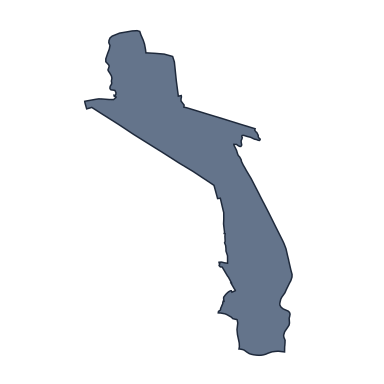 Quan 8, Hồ Chí Minh city, Vietnam, rotated 102°
{"feature_id": "81297802B52284124086366", "entity_name": "Quan 8", "entity_type": "district", "adm_level": 2, "iso_a3": "VNM", "parent_name": "Vietnam", "parent_adm1": "Hồ Chí Minh city", "projection": "equal_earth", "projection_center": [106.647, 10.722], "detail": "fine", "context": "isolated", "style": "filled", "palette": "slate", "viewbox_px": 384, "rotation_deg": 102, "n_neighbors": 0, "source": "geoboundaries", "source_scale": "gbopen_adm2", "svg_char_len": 3568}
<svg xmlns="http://www.w3.org/2000/svg" viewBox="0 0 384 384"><g transform="rotate(102 192 192)"><path d="M335.8,113.4L335.7,112.9L335.6,111.2L335.6,109.5L335.8,108.2L336.3,107.0L337.1,105.3L338.2,102.3L338.4,100.1L338.4,97.9L338.2,95.3L337.8,92.5L337.2,90.2L336.4,88.2L335.3,86.1L334.0,84.3L331.7,80.5L330.7,77.6L329.8,74.6L329.7,73.4L329.2,68.2L324.1,69.2L322.8,69.3L320.7,69.6L320.0,69.7L317.9,70.1L317.7,70.1L314.9,72.0L313.0,72.6L309.4,72.3L308.7,72.0L304.0,70.1L302.1,69.4L299.9,69.4L295.3,70.7L293.5,70.6L291.1,70.7L290.3,71.1L289.5,71.6L288.5,73.1L287.4,78.5L286.1,81.0L284.3,82.6L282.6,83.0L278.3,82.9L275.9,82.2L271.4,80.2L269.1,79.7L268.0,79.5L260.5,77.6L258.2,76.9L254.4,76.5L251.8,77.0L247.7,79.1L239.1,83.1L238.3,83.4L234.6,85.2L228.1,88.2L227.3,88.7L223.3,91.3L220.9,93.1L208.9,102.7L204.1,106.5L196.3,112.7L187.7,119.7L187.4,120.0L181.4,124.9L180.7,125.4L166.5,137.0L162.0,141.2L159.4,143.6L158.2,144.6L157.4,145.3L155.0,147.5L151.9,149.9L150.1,150.7L147.9,152.6L146.7,154.3L145.3,155.3L142.0,157.1L140.2,158.5L137.8,160.5L136.7,161.0L136.2,158.3L137.2,156.2L137.5,154.7L137.3,153.7L136.2,153.2L135.5,153.2L132.9,154.3L131.4,154.6L129.8,154.2L128.4,154.1L127.6,154.8L126.4,154.8L125.9,153.8L125.9,152.5L126.2,149.6L126.3,146.1L127.3,142.0L127.3,139.8L127.6,138.3L127.6,136.8L126.7,136.2L126.0,136.4L125.1,138.0L124.2,138.7L122.8,139.0L121.1,140.4L120.3,141.0L119.9,142.0L118.5,143.5L117.0,143.4L115.6,159.5L114.4,172.3L114.1,175.3L112.7,191.8L111.8,201.8L110.7,214.7L110.7,217.6L108.6,217.8L106.9,219.8L105.3,221.6L103.3,222.1L101.2,222.1L99.9,222.6L100.0,222.8L101.1,225.3L86.4,230.5L68.4,236.3L63.5,239.1L63.4,239.8L63.3,241.2L62.9,247.9L64.0,256.6L65.3,265.0L65.5,266.0L62.3,267.1L57.2,269.2L53.6,271.3L49.0,274.6L45.8,276.5L45.6,279.2L46.9,284.0L49.0,289.2L51.6,295.8L56.1,302.5L58.3,304.2L61.1,304.7L63.3,304.4L65.7,302.7L69.4,302.6L73.8,303.3L79.7,304.0L82.5,303.4L83.8,301.6L85.2,299.7L86.2,299.2L87.8,299.3L90.1,299.6L90.6,299.2L91.2,298.8L91.7,298.3L92.3,297.6L92.9,297.0L93.6,296.4L94.3,295.8L95.0,295.1L95.8,294.7L97.4,294.0L100.3,293.9L101.7,293.3L103.1,293.1L105.6,294.0L107.5,293.9L108.4,293.3L108.9,292.5L108.7,289.6L108.7,288.5L110.7,287.0L112.3,286.8L113.4,287.1L113.5,288.4L114.4,288.1L114.9,286.0L115.3,286.0L117.9,287.9L118.8,292.4L119.1,294.7L119.7,299.2L120.3,302.6L121.4,305.6L125.0,314.4L125.6,315.8L126.9,315.3L128.1,314.7L132.6,312.3L131.5,310.2L130.1,307.6L134.1,297.0L140.9,278.6L143.2,272.7L145.3,267.4L147.8,261.1L160.2,227.0L166.3,210.8L171.6,195.4L180.9,171.9L182.6,171.0L193.1,165.6L192.2,163.0L203.7,157.6L205.5,156.7L211.8,155.3L216.7,154.5L224.6,151.8L225.9,151.9L225.9,150.9L228.5,150.6L233.4,149.3L234.9,149.6L235.6,149.1L237.3,148.0L240.4,147.0L242.7,146.5L247.0,144.0L250.1,143.3L254.3,142.4L254.5,145.4L254.4,148.6L255.0,150.7L255.6,150.2L255.8,150.7L256.6,150.1L257.0,150.0L257.7,150.0L258.0,150.3L258.5,150.0L259.0,149.3L259.4,148.7L259.2,147.9L259.2,146.8L260.2,145.9L266.8,139.8L267.8,138.6L272.7,134.5L272.9,135.0L277.9,130.5L278.6,129.7L279.5,129.1L281.7,132.1L280.4,133.0L280.4,133.3L280.5,133.5L281.1,134.4L281.3,134.7L281.9,135.3L282.9,136.2L285.2,137.7L287.8,138.9L288.2,139.1L288.6,139.1L289.8,138.9L292.3,138.0L292.3,138.8L293.7,138.9L295.0,138.7L295.7,138.9L296.9,139.2L297.8,139.3L299.9,139.8L301.0,139.6L301.7,139.8L303.2,141.2L303.9,141.3L304.8,141.2L304.4,138.7L304.3,134.3L304.7,132.3L306.2,127.6L307.4,125.7L307.4,124.2L307.5,123.2L307.4,121.9L307.6,121.3L310.6,120.0L317.2,119.4L322.0,117.9L329.9,114.4L333.4,113.5L335.8,113.4Z" fill="#64748b" stroke="#1e293b" stroke-width="1.5"/></g></svg>